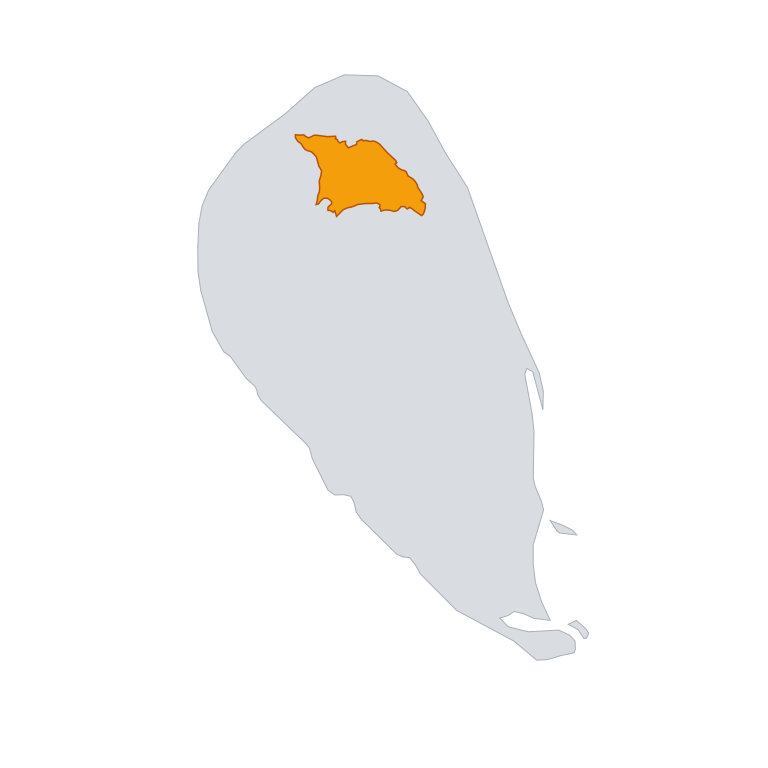 Ratnapura highlighted on a map of Sri Lanka, rotated 165°
{"feature_id": "LKA-2463", "entity_name": "Ratnapura", "entity_type": "District", "adm_level": 1, "iso_a3": "LKA", "parent_name": "Sri Lanka", "parent_adm1": "", "projection": "robinson", "projection_center": [80.592, 6.578], "detail": "fine", "context": "in_parent", "style": "filled", "palette": "amber", "viewbox_px": 768, "rotation_deg": 165, "n_neighbors": 0, "source": "natural_earth", "source_scale": "10m", "svg_char_len": 2717}
<svg xmlns="http://www.w3.org/2000/svg" viewBox="0 0 768 768"><g transform="rotate(165 384 384)"><path d="M270.0,75.1L283.5,75.9L297.9,75.5L308.0,77.7L325.3,102.3L372.5,146.5L398.1,191.3L400.5,201.1L404.1,209.6L410.2,211.9L415.4,215.8L441.0,259.1L444.0,267.7L443.6,277.1L445.1,284.1L451.8,287.6L460.2,289.5L465.6,296.0L472.6,330.6L472.6,341.3L474.5,346.0L506.9,399.8L508.8,406.3L508.4,411.2L509.4,415.4L515.6,424.9L525.4,450.6L530.4,456.4L536.3,478.8L536.8,521.6L534.6,540.7L528.6,563.9L521.4,586.6L513.7,603.0L503.1,616.8L466.8,646.3L456.4,652.2L409.2,670.7L374.4,688.2L342.2,692.9L310.0,683.2L285.7,660.3L273.3,626.5L264.8,591.3L252.5,552.2L243.1,431.3L238.6,397.5L231.2,354.5L232.0,335.8L237.2,317.9L237.1,357.2L241.9,362.0L245.5,357.0L248.7,316.4L251.4,299.2L264.2,254.4L264.5,246.4L262.3,229.6L262.4,221.2L281.6,189.8L286.5,171.5L289.1,152.8L288.1,132.6L284.6,112.6L300.0,119.0L308.5,125.9L317.2,130.6L324.2,128.2L332.7,128.1L326.7,117.3L308.7,107.3L278.9,101.1L269.6,93.2L266.0,86.3L267.8,78.3L270.0,75.1ZM254.8,196.9L258.9,209.1L247.3,200.8L239.6,193.9L236.9,188.3L252.7,194.5L254.8,196.9ZM268.2,104.2L259.4,105.9L252.4,95.3L250.8,90.8L252.6,87.6L254.5,86.0L256.8,86.5L260.1,96.4L268.2,104.2Z" fill="#d9dde1" stroke="#a8b0b8" stroke-width="1"/><path d="M403.1,574.9L400.8,578.8L399.3,582.9L396.7,586.4L395.4,590.0L394.0,596.9L391.3,601.2L389.2,605.7L389.6,608.4L390.5,610.9L390.6,620.8L392.2,624.2L394.2,627.2L396.9,628.8L399.5,630.9L400.8,633.8L401.9,637.5L404.5,640.8L405.8,644.9L405.1,647.7L402.2,646.6L397.0,645.4L395.4,643.2L393.2,641.3L390.5,641.6L387.8,642.3L385.1,641.9L374.8,637.6L366.7,635.9L366.7,634.4L367.5,633.5L365.7,632.0L365.8,630.5L364.2,628.3L360.8,628.9L358.3,628.4L359.2,625.6L357.2,621.3L351.0,622.3L348.6,622.3L347.6,624.9L344.8,625.6L342.1,626.0L340.9,624.1L338.6,624.1L334.2,621.7L332.1,621.7L329.8,620.6L327.8,618.7L326.1,616.7L321.0,606.7L315.1,597.3L314.3,594.5L316.4,593.6L314.4,589.2L311.3,586.0L309.3,585.1L307.7,583.5L306.9,578.8L302.6,574.1L301.2,570.9L300.3,567.9L300.5,565.3L298.1,558.0L297.6,554.7L300.7,551.6L297.3,547.4L298.0,545.5L298.6,543.3L300.1,540.6L301.9,538.1L304.1,536.9L309.9,543.7L311.7,546.2L313.8,548.1L314.9,547.4L316.3,547.1L317.3,548.5L318.0,550.0L321.5,550.9L325.8,548.2L327.6,548.0L329.7,548.1L332.7,550.0L336.6,551.5L339.4,551.9L342.2,551.8L342.1,554.4L343.1,555.6L342.0,556.8L341.5,558.4L344.4,560.9L347.8,561.2L355.1,563.1L362.9,564.2L365.8,563.7L369.3,563.4L374.0,563.6L378.4,562.9L386.4,558.2L386.7,564.1L387.8,563.5L388.8,563.0L390.8,565.4L393.2,566.2L392.9,567.7L392.4,569.0L391.9,569.6L388.0,571.6L387.4,573.7L388.9,576.3L391.0,578.3L394.2,579.0L397.6,577.4L400.5,575.0L403.1,574.9Z" fill="#f59e0b" stroke="#b45309" stroke-width="1.5"/></g></svg>